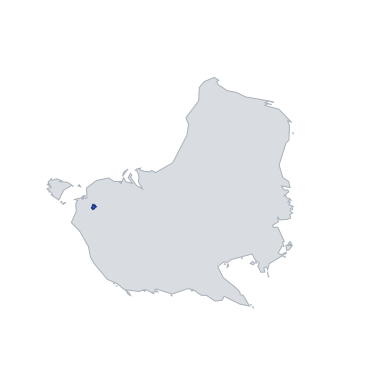 location of Greater Shepparton, Victoria, Australia, rotated 128°
{"feature_id": "25037944B15813892804113", "entity_name": "Greater Shepparton", "entity_type": "district", "adm_level": 2, "iso_a3": "AUS", "parent_name": "Australia", "parent_adm1": "Victoria", "projection": "natural_earth1", "projection_center": [145.313, -36.427], "detail": "fine", "context": "in_parent", "style": "filled", "palette": "blue", "viewbox_px": 384, "rotation_deg": 128, "n_neighbors": 0, "source": "geoboundaries", "source_scale": "gbopen_adm2", "svg_char_len": 4378}
<svg xmlns="http://www.w3.org/2000/svg" viewBox="0 0 384 384"><g transform="rotate(128 192 192)"><path d="M250.9,85.4L254.5,102.5L258.8,101.6L263.8,106.7L264.6,117.2L267.6,120.8L268.3,130.5L270.4,135.5L284.7,144.9L290.3,160.3L291.9,161.1L292.2,158.4L295.3,161.2L295.8,159.8L297.1,167.6L298.9,169.9L302.9,172.4L310.7,185.5L310.3,194.4L313.0,205.0L308.7,224.8L305.8,231.9L298.7,240.1L292.1,256.2L290.4,268.3L278.6,271.2L272.8,276.4L269.1,276.9L270.1,279.9L264.4,275.5L265.3,274.5L264.9,273.4L263.8,273.4L261.9,275.3L260.5,274.1L262.8,272.4L261.5,271.0L253.8,277.6L241.7,274.3L232.2,266.3L231.8,260.1L227.3,254.4L229.1,254.7L229.1,253.0L222.8,254.7L224.6,250.5L222.0,244.3L219.8,251.3L215.2,252.0L215.9,249.7L218.1,249.7L221.0,240.1L220.0,232.9L217.0,240.5L212.3,243.3L209.3,247.9L209.8,250.1L208.0,249.8L204.9,247.3L206.7,247.3L205.3,242.8L202.2,237.8L199.8,237.1L199.2,232.7L180.9,225.2L150.6,230.9L141.1,236.1L137.2,242.5L116.0,242.9L105.0,250.7L97.2,250.2L88.0,245.0L87.5,239.7L89.7,240.5L91.3,237.3L90.5,226.6L86.2,218.5L84.1,208.3L72.7,187.1L76.7,189.4L74.0,182.9L75.9,186.7L78.9,187.9L73.3,174.6L75.8,156.3L76.7,160.6L79.9,155.9L91.5,147.5L95.7,148.0L117.1,140.0L124.8,129.3L124.1,122.4L128.2,117.4L132.1,125.1L133.8,120.8L131.4,117.8L132.1,115.9L139.2,117.1L136.9,116.4L138.3,113.3L137.0,110.7L140.8,110.3L139.3,108.3L142.5,108.0L141.3,105.1L144.0,101.8L144.2,103.8L146.4,103.5L146.6,99.8L149.7,101.1L151.7,98.2L155.1,100.2L159.7,105.4L159.0,109.5L162.0,105.5L168.5,108.1L169.8,105.9L166.9,102.8L174.2,88.8L175.7,89.7L178.3,86.2L179.2,87.7L187.0,86.6L186.7,83.2L181.5,80.8L182.3,79.9L201.1,87.1L206.6,84.5L205.2,87.2L207.6,88.7L210.3,85.4L212.8,88.2L209.9,94.5L206.7,95.0L206.9,99.5L203.9,106.6L221.0,119.4L225.7,120.7L227.2,123.8L234.8,125.9L240.2,114.8L240.5,98.5L241.4,92.5L243.3,91.0L241.8,88.2L246.5,76.5L250.9,85.4ZM260.6,290.7L269.6,294.2L280.3,292.0L281.0,301.7L280.3,299.9L279.2,302.0L278.9,308.3L275.1,305.7L272.7,311.5L268.0,311.1L268.9,309.4L264.9,306.7L263.3,301.8L265.1,302.6L260.9,295.8L260.6,290.7ZM172.6,80.0L178.1,80.0L179.7,81.7L176.2,85.2L172.6,80.0ZM213.3,256.6L222.4,256.4L218.6,258.0L213.3,256.6ZM211.5,98.6L212.6,102.1L209.2,101.5L209.8,99.0L211.5,98.6ZM310.2,184.0L310.0,180.0L311.4,176.7L311.9,179.1L310.2,184.0ZM277.9,285.0L280.9,285.8L281.0,287.2L277.9,285.0ZM172.1,81.0L174.1,84.4L170.6,84.2L172.1,81.0ZM257.3,285.6L255.6,285.3L256.5,283.0L257.3,285.6ZM229.8,117.9L228.2,119.0L226.6,119.6L227.4,117.6L229.8,117.9ZM72.6,186.2L71.2,184.2L71.0,182.4L72.6,186.2ZM280.3,288.5L281.4,289.4L279.2,288.7L280.3,288.5ZM298.2,168.1L299.5,168.1L299.4,169.9L298.2,168.1ZM268.7,130.3L270.2,131.4L269.9,132.0L268.7,130.3ZM275.0,309.2L275.1,310.7L273.9,310.2L275.0,309.2ZM312.1,195.9L312.2,198.1L312.1,195.9ZM186.4,79.8L185.5,78.9L186.0,78.4L186.4,79.8ZM211.5,80.0L210.2,81.7L211.8,78.7L211.5,80.0ZM312.4,193.2L311.7,194.0L312.2,193.2L312.4,193.2ZM213.8,111.9L213.0,112.2L213.4,111.4L213.8,111.9ZM208.8,98.5L207.9,98.7L208.5,97.6L208.8,98.5ZM83.8,147.6L83.6,149.0L83.2,148.9L83.8,147.6ZM244.9,75.7L244.8,76.9L244.5,76.0L244.9,75.7ZM263.8,274.0L264.1,274.7L263.8,274.5L263.8,274.0ZM209.9,82.2L208.1,83.4L209.9,81.9L209.9,82.2ZM141.4,103.4L140.8,104.2L141.2,103.2L141.4,103.4ZM275.6,308.0L275.0,308.3L275.4,307.8L275.6,308.0ZM229.1,122.1L228.1,122.1L228.6,121.3L229.1,122.1ZM138.0,109.7L137.5,110.1L137.4,109.0L138.0,109.7ZM280.0,304.7L279.2,305.2L279.4,304.3L280.0,304.7ZM245.5,72.5L245.4,73.3L244.9,72.9L245.5,72.5ZM263.4,275.0L264.2,275.7L262.9,275.5L263.4,275.0ZM286.5,144.8L285.8,144.9L286.1,143.9L286.5,144.8ZM291.7,158.2L291.3,158.2L291.6,157.5L291.7,158.2ZM260.9,289.5L260.7,290.1L260.5,289.4L260.9,289.5Z" fill="#d9dde1" stroke="#a8b0b8" stroke-width="1"/><path d="M266.7,259.6L265.8,259.6L265.8,258.9L263.6,258.9L263.6,258.7L263.6,258.8L263.6,258.7L263.4,258.6L263.5,258.6L263.4,258.6L263.5,258.6L263.4,258.6L263.2,258.6L263.3,258.6L263.2,258.6L263.3,258.7L263.2,258.7L263.2,258.8L263.2,258.7L262.9,258.6L262.9,258.8L262.9,259.5L263.0,259.5L263.0,259.9L262.7,259.9L262.3,259.9L262.3,261.0L263.0,261.0L263.0,261.3L263.0,261.6L262.9,261.6L262.9,262.3L263.1,262.3L263.3,262.3L263.4,262.2L263.5,262.1L263.9,262.0L263.9,261.9L263.9,262.0L263.9,261.9L264.0,261.8L264.2,261.4L265.5,261.4L265.5,261.5L265.8,261.5L265.8,261.0L266.4,261.0L266.4,260.9L266.3,260.6L266.5,260.5L266.7,259.8L266.7,259.6Z" fill="#3b82f6" stroke="#1e3a8a" stroke-width="1.5"/></g></svg>